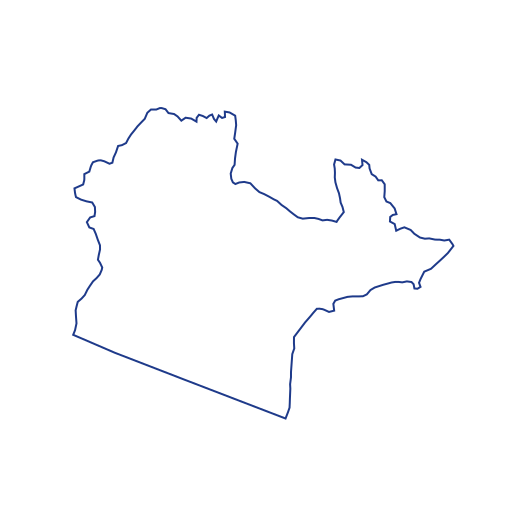 Suna West, Nyanza, Kenya, rotated 348°
{"feature_id": "3690345B37794826705018", "entity_name": "Suna West", "entity_type": "district", "adm_level": 2, "iso_a3": "KEN", "parent_name": "Kenya", "parent_adm1": "Nyanza", "projection": "natural_earth1", "projection_center": [34.385, -1.091], "detail": "fine", "context": "isolated", "style": "outline", "palette": "blue", "viewbox_px": 512, "rotation_deg": 348, "n_neighbors": 0, "source": "geoboundaries", "source_scale": "gbopen_adm2", "svg_char_len": 3015}
<svg xmlns="http://www.w3.org/2000/svg" viewBox="0 0 512 512"><g transform="rotate(348 256 256)"><path d="M448.4,280.2L443.4,280.0L439.3,278.3L434.6,277.2L429.1,274.8L424.8,274.2L420.2,272.0L415.5,267.2L412.7,262.7L407.1,258.8L403.0,259.3L398.4,260.4L398.3,253.6L394.2,250.1L395.4,245.7L398.3,244.3L402.1,244.3L401.5,238.3L398.4,232.2L394.9,229.8L393.7,225.1L395.4,219.3L396.8,212.6L394.8,208.1L391.3,207.4L389.5,203.2L386.2,200.0L385.3,194.0L385.7,190.4L383.5,187.2L379.7,183.9L379.1,189.2L375.4,191.4L371.8,190.2L367.9,186.5L361.7,184.8L358.5,180.2L353.8,178.1L351.4,182.7L351.2,186.9L350.5,191.1L349.4,195.5L349.0,200.4L349.4,206.5L350.2,211.9L350.2,217.0L349.9,221.4L350.8,226.1L351.0,231.3L347.1,234.6L346.1,235.4L342.8,238.4L341.9,239.4L337.6,237.1L333.1,235.4L328.5,235.0L324.8,232.7L321.1,231.0L316.1,229.9L309.5,229.2L304.9,226.8L301.6,223.1L298.4,219.3L295.6,215.6L291.6,211.4L288.1,206.5L285.1,204.2L281.3,200.8L276.8,197.1L272.6,194.2L269.2,189.7L265.6,183.7L259.9,181.1L254.9,180.6L250.8,181.3L248.7,179.2L247.9,175.3L248.4,170.1L251.2,165.0L254.0,162.4L255.8,156.1L258.0,150.0L261.4,142.3L259.1,136.8L261.2,131.2L263.8,123.9L264.4,119.3L264.8,114.4L260.0,110.1L255.5,108.3L254.6,113.6L251.5,113.9L248.8,110.8L246.8,113.6L245.0,116.2L243.4,113.2L242.5,108.5L239.6,109.0L236.4,110.8L233.1,108.0L229.6,106.0L226.7,108.5L225.7,112.2L221.2,108.1L215.9,106.1L211.1,108.1L208.3,103.2L205.4,100.1L200.1,98.0L198.0,93.6L194.5,91.7L192.8,91.3L188.9,92.0L183.7,90.9L179.5,93.3L175.7,98.7L171.2,101.7L167.1,104.5L163.2,107.8L159.1,111.1L155.6,114.6L152.4,118.5L147.9,119.7L144.0,119.7L140.5,125.6L137.2,130.0L134.9,134.9L133.2,135.1L131.9,135.3L127.3,131.8L124.2,130.2L122.2,129.8L120.7,129.8L118.3,130.1L116.0,130.4L113.8,133.0L112.9,134.4L110.5,138.8L105.1,140.2L104.1,145.0L103.7,146.3L101.8,150.1L97.7,151.0L92.5,152.1L92.1,156.6L92.1,159.4L92.2,161.0L96.6,164.5L101.6,167.3L106.9,169.6L108.6,174.6L107.8,179.5L106.3,183.4L101.8,183.8L97.6,187.7L98.9,193.4L102.8,195.8L103.9,201.1L104.6,207.0L105.6,213.1L104.8,217.2L102.4,222.4L100.6,226.8L102.0,230.2L103.2,235.3L102.2,237.5L99.3,241.6L95.4,244.5L91.3,246.9L87.4,250.6L84.1,253.9L80.4,258.6L76.5,261.4L72.1,263.8L70.2,267.6L68.3,271.6L67.4,277.4L66.4,284.6L63.6,290.9L60.8,295.1L97.8,321.3L159.7,361.7L251.1,421.1L254.9,415.3L257.3,411.3L258.5,406.7L259.4,403.0L262.0,392.9L262.7,388.5L265.0,381.9L266.1,376.8L271.1,359.5L274.2,354.4L275.0,349.1L276.3,343.2L290.3,331.1L296.3,326.6L300.2,323.5L304.5,320.3L307.0,320.7L310.0,321.8L311.6,322.8L315.8,325.9L321.1,325.7L321.7,318.9L324.2,316.1L327.9,315.5L333.5,315.2L336.9,315.0L339.7,315.3L342.1,315.6L347.6,316.8L352.3,317.6L356.4,316.6L360.9,313.1L365.6,311.5L374.5,310.6L380.1,310.3L383.0,310.1L386.8,310.3L390.1,311.0L393.6,312.2L398.3,312.2L402.7,313.8L404.3,316.4L404.2,320.7L407.1,321.6L410.5,320.4L409.9,316.1L412.2,312.7L417.3,306.3L424.5,304.9L430.7,301.2L435.2,298.6L439.7,295.9L444.3,293.0L448.1,289.8L451.2,287.2L450.7,285.4L448.4,280.2Z" fill="none" stroke="#1e3a8a" stroke-width="2"/></g></svg>